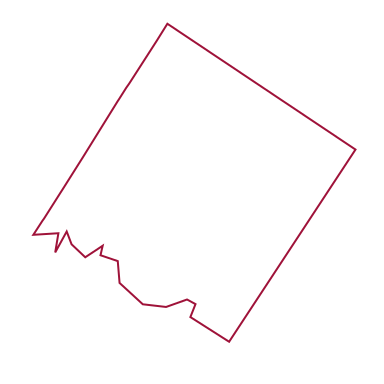 the district of Schuyler, Missouri, United States of America, rotated 304°
{"feature_id": "52423323B20022887638362", "entity_name": "Schuyler", "entity_type": "district", "adm_level": 2, "iso_a3": "USA", "parent_name": "United States of America", "parent_adm1": "Missouri", "projection": "equal_earth", "projection_center": [-92.615, 40.47], "detail": "fine", "context": "isolated", "style": "outline", "palette": "rose", "viewbox_px": 384, "rotation_deg": 304, "n_neighbors": 0, "source": "geoboundaries", "source_scale": "gbopen_adm2", "svg_char_len": 495}
<svg xmlns="http://www.w3.org/2000/svg" viewBox="0 0 384 384"><g transform="rotate(304 192 192)"><path d="M67.8,84.4L83.1,104.3L65.4,112.4L89.2,110.2L81.3,121.4L78.2,140.0L97.5,148.0L88.4,151.5L93.2,169.1L76.1,182.8L71.4,214.0L82.2,234.8L100.1,248.0L101.0,257.6L87.4,260.6L88.6,306.5L318.6,303.8L317.7,77.5L297.9,78.2L247.0,79.3L241.6,79.2L227.8,79.6L227.3,79.6L225.8,79.6L160.1,82.1L120.5,83.3L119.6,83.3L87.0,84.2L84.8,84.1L67.8,84.4Z" fill="none" stroke="#9f1239" stroke-width="2"/></g></svg>